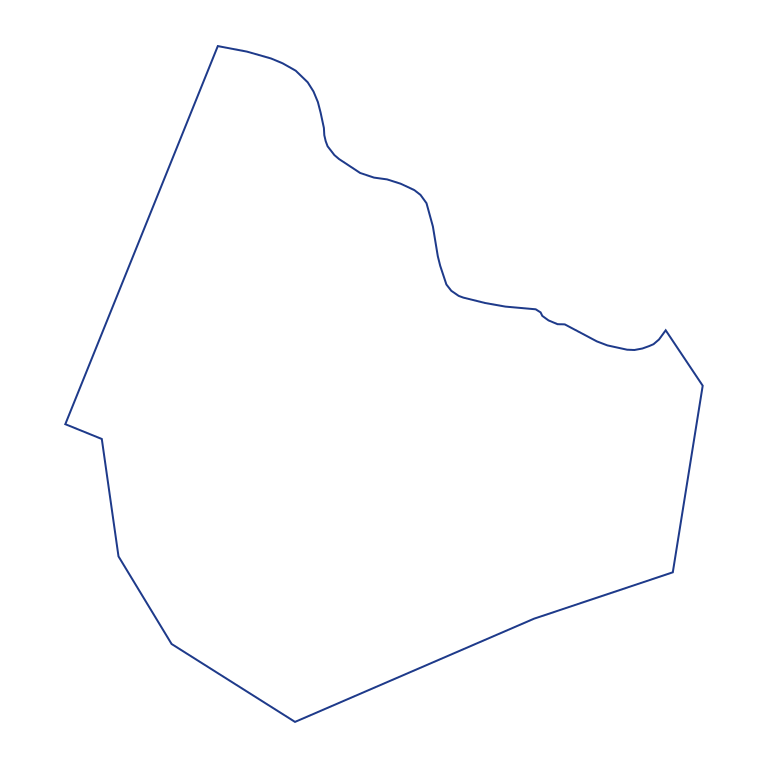 outline of Mason, Kentucky, United States of America
{"feature_id": "52423323B64240886079003", "entity_name": "Mason", "entity_type": "district", "adm_level": 2, "iso_a3": "USA", "parent_name": "United States of America", "parent_adm1": "Kentucky", "projection": "natural_earth1", "projection_center": [-83.779, 38.612], "detail": "fine", "context": "isolated", "style": "outline", "palette": "blue", "viewbox_px": 768, "rotation_deg": 0, "n_neighbors": 0, "source": "geoboundaries", "source_scale": "gbopen_adm2", "svg_char_len": 791}
<svg xmlns="http://www.w3.org/2000/svg" viewBox="0 0 768 768"><path d="M672.8,572.3L702.7,385.7L665.7,330.3L659.0,339.5L653.5,344.2L649.1,346.1L642.4,348.5L634.4,350.0L627.1,349.7L607.4,345.4L596.9,341.4L564.8,324.4L562.5,324.3L557.6,324.2L548.5,320.4L542.3,315.9L540.6,312.4L535.7,309.3L505.4,306.6L485.0,303.0L463.3,297.6L458.7,295.9L451.3,290.8L446.4,284.5L440.2,265.8L437.8,256.2L432.9,226.5L426.5,203.2L420.5,194.9L414.3,190.1L400.6,183.7L387.1,179.4L374.0,177.6L360.2,173.0L339.1,159.1L334.4,155.1L327.6,146.3L325.7,141.2L324.3,135.2L323.9,128.0L320.6,112.6L317.9,102.1L313.5,91.5L307.7,82.3L295.7,70.7L282.6,63.3L271.1,58.5L246.9,51.6L217.8,46.1L65.3,424.2L101.8,439.0L118.5,556.4L171.6,644.0L295.0,721.9L534.0,618.7L672.8,572.3Z" fill="none" stroke="#1e3a8a" stroke-width="2"/></svg>